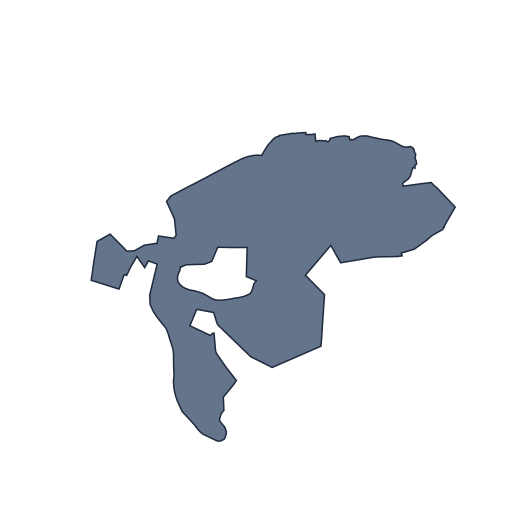 Staicele, Alojas, Latvia, rotated 124°
{"feature_id": "27541924B49532030133644", "entity_name": "Staicele", "entity_type": "district", "adm_level": 2, "iso_a3": "LVA", "parent_name": "Latvia", "parent_adm1": "Alojas", "projection": "albers", "projection_center": [24.758, 57.834], "detail": "fine", "context": "isolated", "style": "filled", "palette": "slate", "viewbox_px": 512, "rotation_deg": 124, "n_neighbors": 0, "source": "geoboundaries", "source_scale": "gbopen_adm2", "svg_char_len": 3750}
<svg xmlns="http://www.w3.org/2000/svg" viewBox="0 0 512 512"><g transform="rotate(124 256 256)"><path d="M287.3,334.1L293.9,348.0L299.8,345.6L300.7,345.1L309.4,354.6L319.6,359.7L321.9,362.7L324.2,365.6L322.2,375.3L320.3,385.0L319.4,389.2L332.8,395.9L355.5,385.3L355.7,385.2L356.6,384.8L357.4,384.3L364.6,380.8L368.3,379.1L360.7,353.2L360.4,352.2L360.0,351.1L352.6,353.0L345.2,354.9L344.8,353.6L344.5,352.4L340.8,352.9L337.1,353.5L336.0,353.6L334.9,353.8L328.8,354.1L323.0,354.5L327.9,341.7L320.2,342.5L318.0,333.4L347.5,322.4L355.3,316.8L359.6,309.8L362.6,302.3L365.8,291.7L366.9,289.0L369.8,285.1L372.2,282.2L377.1,275.9L380.0,272.4L384.0,269.1L392.4,263.4L401.1,257.0L406.2,254.3L409.9,251.4L412.2,249.4L416.7,244.7L420.3,240.0L426.2,230.3L430.2,213.4L431.1,210.4L432.2,207.5L432.9,204.6L433.4,200.3L431.1,185.0L430.4,183.5L429.1,182.0L428.1,181.2L425.6,179.9L423.7,180.1L422.9,180.4L420.3,181.1L418.4,182.2L417.0,183.9L416.2,184.9L415.3,186.3L413.4,192.8L412.7,194.0L412.2,194.5L410.9,195.3L406.4,196.6L406.0,196.5L404.5,196.6L401.9,196.3L391.2,204.2L378.5,202.9L373.4,202.6L371.3,202.7L370.2,202.6L365.0,218.5L358.9,234.2L357.3,236.4L343.4,247.7L344.1,248.6L345.1,248.9L347.4,249.5L350.8,271.8L333.4,275.3L326.5,259.5L333.1,251.4L333.4,250.9L334.4,249.3L334.5,249.0L338.0,229.3L342.5,203.9L340.2,187.0L339.4,180.3L294.4,151.7L282.0,158.8L281.6,159.1L249.7,177.6L246.1,195.5L246.0,196.3L245.1,200.3L244.3,204.3L235.1,203.2L225.9,202.2L219.1,201.4L212.4,200.7L205.4,199.8L208.5,193.6L209.0,192.7L214.3,182.0L196.3,163.1L195.6,162.4L190.6,157.1L189.2,155.2L187.9,153.5L177.2,138.2L174.1,134.9L172.4,137.2L168.4,133.9L161.7,128.5L147.4,123.3L140.6,121.5L135.2,118.8L129.7,116.1L128.3,116.1L127.0,116.1L127.1,116.3L127.2,116.5L115.6,117.4L104.1,118.2L104.0,118.7L98.1,145.0L98.1,146.9L97.1,151.9L103.4,159.1L109.1,165.6L109.8,166.3L115.8,173.0L114.7,174.0L113.7,175.1L110.5,174.0L107.4,172.9L103.8,172.6L98.0,174.5L94.8,175.3L94.3,173.3L91.8,174.9L90.1,174.2L88.7,175.3L87.5,176.4L86.5,178.3L84.2,179.6L83.4,180.0L82.1,180.7L81.5,182.5L79.4,184.4L78.8,186.1L78.6,186.7L78.9,189.3L81.2,191.6L82.6,193.8L83.3,196.4L83.7,199.7L84.2,205.9L85.1,209.1L86.3,211.7L87.6,214.2L89.6,218.5L90.9,222.0L92.4,225.6L94.3,230.9L95.4,232.7L98.0,236.2L99.9,237.7L104.6,240.2L106.3,241.3L106.1,242.1L106.3,242.6L106.8,243.1L107.3,243.3L104.9,245.6L105.2,246.1L107.0,249.9L111.0,254.8L117.1,260.3L118.6,259.7L120.4,259.9L121.2,260.5L121.4,261.2L121.3,262.3L121.4,262.7L121.6,263.1L122.6,263.7L122.9,264.5L123.4,265.9L124.7,267.6L124.9,268.2L127.4,270.6L121.8,275.4L123.8,277.4L124.9,278.9L127.5,282.6L125.8,283.7L126.7,285.0L127.6,286.3L129.3,288.3L130.9,290.4L132.0,291.6L133.1,292.8L133.7,294.2L143.2,304.2L143.4,304.0L143.6,303.8L144.4,304.5L145.3,305.2L146.3,305.8L147.2,306.4L148.7,306.8L150.1,307.2L153.6,307.6L157.1,308.1L158.7,308.1L160.3,308.1L164.8,307.9L169.4,307.6L170.7,309.8L172.0,311.8L172.8,312.8L173.9,314.1L176.2,316.5L178.1,318.3L180.1,319.9L182.7,321.7L185.4,323.3L187.9,324.7L194.2,328.2L199.9,331.3L200.5,331.6L228.6,346.5L233.6,349.3L234.7,350.0L253.0,359.7L253.5,360.0L254.0,360.2L260.8,360.7L270.8,344.4L283.6,333.7L287.3,334.1ZM281.3,290.4L277.9,291.1L270.2,292.6L267.8,289.0L267.2,288.0L263.7,282.7L262.0,280.0L261.8,279.7L253.9,268.1L278.5,252.5L277.4,247.2L276.4,241.9L280.2,242.2L287.6,239.8L291.0,240.0L296.4,243.5L300.4,247.3L302.8,250.0L306.1,253.3L310.5,258.0L313.4,262.0L314.9,264.9L315.8,267.6L316.6,278.9L319.1,287.2L321.2,291.9L322.4,296.9L322.6,299.8L322.2,302.7L321.7,304.8L320.6,306.5L318.8,308.4L316.3,309.8L315.5,310.1L312.8,310.7L310.8,310.9L308.2,312.2L307.3,312.7L306.9,311.8L303.8,309.9L302.4,309.1L293.7,297.0L291.7,294.2L285.2,289.6L284.5,289.8L281.3,290.4Z" fill="#64748b" stroke="#1e293b" stroke-width="1.5"/></g></svg>